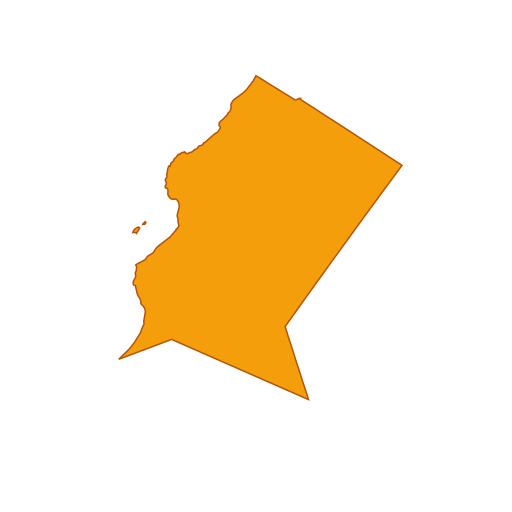 map outline of Dhofar (Albers equal-area conic projection), rotated 145°
{"feature_id": "OMN-2411", "entity_name": "Dhofar", "entity_type": "Province", "adm_level": 1, "iso_a3": "OMN", "parent_name": "Oman", "parent_adm1": "", "projection": "albers", "projection_center": [54.841, 18.87], "detail": "fine", "context": "isolated", "style": "filled", "palette": "amber", "viewbox_px": 512, "rotation_deg": 145, "n_neighbors": 0, "source": "natural_earth", "source_scale": "10m", "svg_char_len": 3247}
<svg xmlns="http://www.w3.org/2000/svg" viewBox="0 0 512 512"><g transform="rotate(145 256 256)"><path d="M84.8,247.5L84.4,246.5L91.4,244.1L102.2,240.5L113.0,236.9L123.8,233.2L134.5,229.6L145.3,225.9L156.1,222.2L166.8,218.5L177.6,214.8L188.3,211.1L199.0,207.4L209.8,203.6L220.5,199.9L231.2,196.2L241.9,192.4L252.6,188.6L263.3,184.8L272.6,181.5L274.6,175.1L275.1,173.8L276.2,170.1L278.0,164.3L280.3,156.8L283.1,148.0L286.1,138.1L289.4,127.6L292.7,116.7L295.3,108.3L296.1,109.5L373.0,236.1L427.6,250.1L412.7,252.6L405.0,255.0L394.4,259.5L390.4,262.5L387.7,263.9L386.3,265.0L385.7,266.4L385.2,267.1L378.5,273.9L377.4,276.3L377.1,279.5L377.6,281.7L377.6,282.4L377.4,283.3L376.5,284.6L376.2,285.6L375.7,287.0L375.5,287.7L375.5,290.4L375.0,293.2L371.8,300.9L372.8,302.2L372.6,303.6L371.7,304.9L370.5,305.9L367.8,307.2L366.4,308.0L364.5,311.5L364.1,311.8L363.2,312.1L362.8,312.4L359.9,315.7L359.7,316.2L359.8,317.6L359.1,317.8L349.2,316.6L347.9,316.8L346.0,317.7L344.6,318.0L339.3,317.6L338.0,317.8L333.9,319.5L331.6,320.1L315.4,320.9L309.1,322.6L307.7,322.7L307.1,322.9L306.8,323.1L306.5,323.5L306.1,323.7L305.0,323.7L304.9,323.7L302.8,324.3L302.3,324.6L301.4,325.7L300.5,328.3L299.9,329.4L299.0,330.5L298.7,331.0L297.8,333.7L297.5,334.2L296.6,335.2L290.8,340.1L289.0,343.3L288.6,344.7L288.4,346.2L288.7,348.0L289.4,348.9L291.5,350.1L292.7,351.4L293.2,352.8L293.2,355.8L292.8,357.1L290.2,360.6L290.1,361.2L290.0,362.1L290.1,363.0L290.5,363.3L291.0,363.5L291.0,364.1L290.7,364.9L290.3,365.3L288.7,366.1L288.1,366.5L287.7,367.0L287.4,367.6L287.2,368.8L286.6,369.8L286.8,370.1L286.2,370.9L284.3,371.5L283.3,372.0L283.0,372.6L282.6,373.5L282.1,374.3L281.3,374.7L278.7,377.7L275.9,379.7L275.5,379.7L274.9,378.7L274.1,379.2L273.3,380.1L272.6,380.7L271.6,380.8L270.7,381.2L269.8,381.3L268.9,381.1L267.9,382.2L266.7,382.5L264.1,382.9L262.0,383.7L261.0,383.7L260.2,382.9L259.5,383.3L258.3,383.1L257.6,383.4L255.5,382.0L255.0,382.5L254.5,381.2L254.2,380.0L253.5,379.2L250.9,378.7L249.0,378.1L248.3,377.9L247.5,378.0L246.2,378.3L245.4,378.4L243.2,377.9L242.4,377.9L241.7,378.1L240.4,378.7L240.0,378.8L237.0,377.9L235.4,377.8L234.1,378.8L233.5,378.5L232.9,378.3L221.1,379.7L216.1,379.6L214.9,379.9L212.1,381.3L211.5,381.9L211.2,382.4L211.2,383.0L211.4,383.4L211.4,384.0L211.2,384.5L210.3,385.3L210.1,385.7L209.4,386.4L207.8,386.7L204.9,386.9L201.1,387.7L199.9,387.8L198.7,388.1L197.4,388.9L196.1,389.4L194.9,389.1L193.7,389.8L192.1,391.1L190.7,392.6L190.1,393.9L189.5,394.6L188.4,395.3L186.1,396.3L184.0,396.8L173.9,396.9L168.5,397.7L158.1,400.9L152.6,403.7L148.7,394.7L144.9,385.6L141.0,376.6L137.1,367.6L134.7,362.0L134.1,361.1L133.0,360.7L130.6,360.5L129.7,359.9L129.8,359.9L130.1,359.8L128.3,355.0L125.6,348.6L123.0,342.1L120.4,335.7L117.8,329.2L115.1,322.8L112.5,316.3L109.9,309.9L107.3,303.4L104.7,297.0L102.1,290.5L99.5,284.1L96.9,277.6L94.3,271.2L91.7,264.7L89.1,258.2L86.5,251.8L84.8,247.5ZM341.0,343.0L341.1,344.0L341.8,344.9L342.6,345.4L343.5,345.8L341.5,347.0L340.5,347.5L339.5,347.6L336.7,347.5L335.8,347.2L335.2,345.7L336.9,344.7L339.3,343.9L341.0,343.0ZM327.1,347.7L326.9,347.1L327.2,346.4L327.9,346.1L328.8,345.8L330.1,346.6L330.6,346.8L329.6,347.4L327.7,347.4L327.1,347.7L327.1,347.7Z" fill="#f59e0b" stroke="#b45309" stroke-width="1.5"/></g></svg>